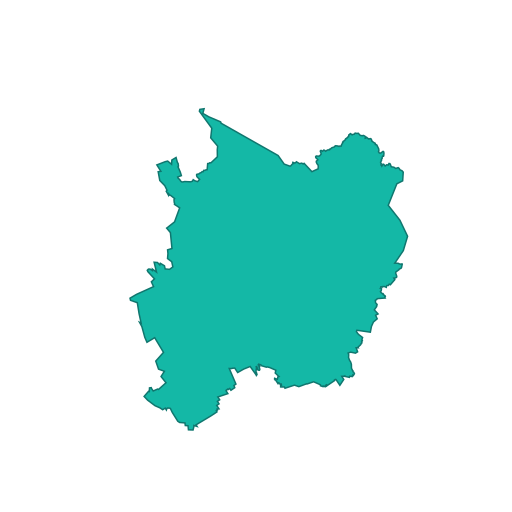 outline of Sinaloa, Sinaloa, Mexico, rotated 328°
{"feature_id": "50627088B88471362672586", "entity_name": "Sinaloa", "entity_type": "district", "adm_level": 2, "iso_a3": "MEX", "parent_name": "Mexico", "parent_adm1": "Sinaloa", "projection": "equal_earth", "projection_center": [-108.03, 26.02], "detail": "fine", "context": "isolated", "style": "filled", "palette": "teal", "viewbox_px": 512, "rotation_deg": 328, "n_neighbors": 0, "source": "geoboundaries", "source_scale": "gbopen_adm2", "svg_char_len": 6145}
<svg xmlns="http://www.w3.org/2000/svg" viewBox="0 0 512 512"><g transform="rotate(328 256 256)"><path d="M328.0,182.5L296.7,124.8L297.1,123.9L297.0,123.4L289.7,112.9L286.5,106.9L290.0,103.6L286.1,101.9L284.7,103.2L286.2,124.2L280.2,131.8L281.7,142.5L279.5,145.3L275.8,151.4L267.2,153.1L266.0,152.4L265.4,152.6L264.0,152.0L260.3,156.9L259.2,156.4L258.2,156.4L257.2,155.7L255.9,156.5L255.1,155.9L253.6,156.2L252.2,155.9L251.0,156.1L249.3,155.4L248.9,155.4L248.5,155.8L248.0,157.2L248.0,158.0L248.8,161.1L245.9,162.0L244.0,159.8L243.2,158.0L241.7,158.9L239.8,158.4L234.9,155.0L233.3,154.5L232.3,153.8L231.8,152.5L231.8,150.7L231.2,148.7L231.4,147.5L235.3,148.3L236.3,144.6L237.1,139.0L237.9,138.7L239.0,136.2L238.9,135.0L240.4,130.1L235.5,130.0L233.0,133.5L231.4,128.7L229.0,127.9L220.2,126.2L220.2,133.8L217.7,132.7L214.4,141.0L215.9,148.0L215.4,153.1L214.2,153.5L214.0,158.0L214.9,157.0L215.1,158.9L215.7,159.3L217.4,164.1L216.3,164.8L215.1,167.1L214.9,168.2L214.2,169.0L216.8,174.7L205.0,183.9L195.0,185.0L195.8,190.8L188.7,205.1L184.3,203.9L182.6,207.3L179.6,211.3L181.5,216.2L179.7,221.2L175.6,221.5L172.1,218.8L173.2,215.8L171.0,211.5L169.7,212.6L169.0,209.3L166.3,207.3L163.1,216.9L161.2,212.1L160.4,213.4L159.2,210.9L157.8,210.1L156.2,210.5L156.0,212.1L157.8,221.6L153.6,222.4L152.9,227.7L134.3,225.2L126.8,225.0L126.1,227.1L130.6,232.7L126.3,242.9L123.0,252.1L122.1,250.6L121.8,255.4L118.6,266.0L117.8,271.4L126.8,271.6L126.5,288.7L115.3,292.0L113.4,300.3L117.2,305.2L111.6,307.9L112.5,315.8L102.6,317.5L102.1,316.7L97.3,316.0L97.2,313.5L97.4,312.1L95.8,311.4L93.7,314.4L93.2,313.8L86.7,315.8L87.7,320.8L91.0,329.4L94.0,333.8L95.4,336.9L98.4,336.9L98.4,339.1L99.6,338.1L100.3,338.0L102.2,339.3L102.6,339.9L102.1,344.3L102.1,354.7L103.0,356.7L107.3,359.9L106.2,362.3L108.4,363.9L106.6,367.6L110.4,370.2L112.9,367.8L113.5,366.8L115.7,369.3L115.7,367.4L133.4,367.7L140.3,367.5L140.4,366.1L141.6,366.2L141.8,365.2L143.6,366.0L143.5,361.9L146.3,361.8L146.2,358.8L149.0,358.7L148.9,355.3L159.2,357.8L159.2,354.3L159.7,354.0L161.5,353.9L161.5,354.5L163.5,354.4L163.6,356.6L168.2,356.4L168.7,354.1L171.1,354.0L173.7,337.2L175.8,338.6L176.1,338.5L178.6,339.8L178.7,345.1L185.8,345.4L192.5,346.6L193.1,356.8L193.0,357.5L194.0,357.1L194.5,355.5L194.2,355.2L194.6,354.8L194.3,354.5L196.1,352.2L196.3,352.4L196.6,351.8L197.0,351.6L197.5,350.0L198.0,350.1L197.7,350.7L197.9,351.9L197.3,352.5L197.4,353.9L198.3,354.7L199.0,354.4L199.6,353.1L200.1,351.2L200.5,351.4L200.7,350.5L200.3,349.4L200.9,349.1L202.5,350.9L202.2,351.6L205.9,355.8L206.9,356.1L208.7,358.1L212.3,363.4L210.3,365.4L211.6,370.4L210.5,370.1L208.8,371.9L207.0,369.6L206.5,370.2L206.7,370.9L206.5,371.1L206.9,371.7L207.0,375.6L207.6,375.1L208.3,375.9L208.1,376.8L209.6,378.0L209.1,379.1L208.4,378.6L207.5,380.1L210.7,382.2L210.5,383.5L220.2,385.9L223.1,389.5L231.2,391.2L231.2,391.4L231.5,391.6L238.2,393.2L242.4,399.3L241.9,400.2L243.6,402.3L244.1,401.9L245.4,403.6L246.4,403.7L246.4,402.6L247.7,402.6L247.8,403.6L256.6,403.3L256.8,403.2L256.9,402.7L257.9,402.7L258.4,403.2L258.6,410.1L265.0,407.2L265.0,403.5L266.6,404.4L267.7,404.7L267.5,405.1L270.9,408.4L271.7,407.6L273.7,409.2L274.1,408.7L274.6,408.9L275.1,408.3L275.3,408.9L277.1,408.0L277.3,406.4L276.9,405.5L277.4,404.6L277.2,404.3L277.5,401.8L279.5,398.4L280.1,396.1L280.1,393.8L280.7,391.1L282.3,388.9L282.7,387.1L285.3,387.7L288.9,391.1L291.4,391.1L292.3,386.9L294.0,388.0L294.0,387.4L297.3,386.8L298.2,386.5L298.7,385.9L299.8,385.8L300.2,384.6L300.9,384.4L300.8,384.2L301.5,383.8L301.3,383.2L303.2,381.6L301.5,377.1L301.2,375.6L301.1,373.3L302.2,372.4L312.6,381.2L316.6,376.9L320.6,374.2L325.5,373.5L326.0,369.6L328.8,369.8L327.8,364.4L331.5,362.8L331.8,362.2L332.2,362.2L332.4,361.6L333.0,361.3L333.0,360.7L332.7,359.9L332.7,358.9L333.7,356.8L335.3,356.9L336.2,356.4L343.3,360.1L343.4,359.2L343.8,358.6L344.3,358.7L344.4,358.3L343.6,356.4L343.8,356.3L343.8,355.4L343.5,355.4L342.6,353.1L342.7,352.1L343.7,351.9L344.9,350.5L345.1,350.2L344.5,349.3L345.0,349.3L345.5,348.3L345.9,348.4L346.6,349.3L347.5,349.1L347.8,349.5L348.7,349.9L349.9,351.6L350.5,350.8L351.3,350.4L352.5,351.1L354.0,350.5L354.7,351.6L361.2,349.6L361.2,347.8L362.3,348.4L363.6,348.4L363.8,348.6L364.3,348.3L364.7,347.5L365.4,344.4L366.1,343.7L370.0,343.4L370.6,343.0L372.4,343.3L373.3,342.9L375.7,340.4L375.7,340.1L374.1,339.4L373.4,338.7L372.8,337.6L369.9,335.6L383.8,329.5L395.0,319.6L397.0,301.9L395.0,283.1L413.7,269.4L420.2,270.0L425.3,262.9L425.0,261.0L423.8,259.3L423.8,257.5L423.4,256.4L420.9,255.8L420.0,253.8L418.0,252.0L418.5,249.5L418.5,248.6L417.8,248.0L416.3,248.9L415.2,247.9L413.2,248.1L412.9,245.9L412.4,245.4L410.4,246.4L410.5,245.9L410.2,245.3L410.7,244.4L411.1,244.2L411.3,242.5L413.1,241.5L413.3,240.8L413.9,240.3L414.5,240.3L415.4,239.0L416.1,238.6L416.8,238.9L417.0,238.4L417.5,238.6L419.0,236.6L419.5,235.3L419.2,234.6L416.2,234.8L415.2,234.0L415.1,232.5L415.9,232.0L416.8,230.3L417.3,225.8L416.3,224.7L416.7,224.2L416.7,223.1L416.2,222.6L415.1,219.7L415.5,219.3L415.6,217.4L415.0,216.9L414.0,216.7L413.8,216.3L413.4,216.3L412.7,213.9L411.5,214.2L411.0,214.0L412.0,212.8L411.9,212.2L411.1,210.8L410.7,210.5L409.9,210.4L408.3,208.9L407.8,206.1L406.5,205.5L405.2,204.3L403.9,204.8L402.7,204.2L402.0,204.3L401.5,203.9L401.1,202.3L400.7,202.2L399.8,202.5L398.8,202.5L397.8,203.8L397.5,203.6L395.6,204.2L395.2,204.0L394.6,204.3L394.1,204.1L392.6,205.0L390.5,205.0L390.0,205.7L389.6,205.6L389.3,206.1L387.6,206.9L386.6,207.9L386.3,207.6L385.2,207.5L384.8,206.8L383.8,206.6L383.6,206.0L382.0,204.7L381.7,204.8L381.3,204.6L380.2,205.0L377.7,204.4L375.7,204.7L375.0,204.4L374.6,204.9L372.9,204.0L370.5,204.0L370.2,202.8L369.7,202.1L367.9,202.4L367.3,201.1L366.6,200.8L366.0,201.3L365.6,203.4L364.9,204.3L362.9,204.8L361.8,204.4L360.1,203.1L359.2,203.4L358.9,204.0L358.9,205.1L359.4,206.4L359.5,207.0L359.0,207.4L357.5,207.5L356.9,208.2L356.6,210.1L356.8,211.8L356.4,212.8L354.9,215.0L348.1,214.1L345.9,202.9L344.8,203.0L344.0,201.5L341.8,200.7L340.2,197.5L338.9,197.9L338.1,197.6L336.9,196.1L336.6,196.4L336.6,197.4L335.9,197.2L333.1,198.0L332.4,197.8L328.6,193.0L328.0,182.5Z" fill="#14b8a6" stroke="#0f766e" stroke-width="1.5"/></g></svg>